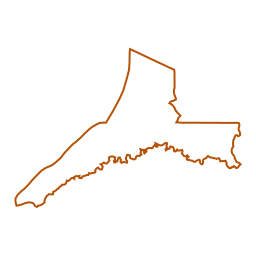 outline of São João do Carú, Maranhão, Brazil
{"feature_id": "56859067B19402328850660", "entity_name": "São João do Carú", "entity_type": "district", "adm_level": 2, "iso_a3": "BRA", "parent_name": "Brazil", "parent_adm1": "Maranhão", "projection": "mercator", "projection_center": [-46.356, -3.5], "detail": "fine", "context": "isolated", "style": "outline", "palette": "amber", "viewbox_px": 256, "rotation_deg": 0, "n_neighbors": 0, "source": "geoboundaries", "source_scale": "gbopen_adm2", "svg_char_len": 4184}
<svg xmlns="http://www.w3.org/2000/svg" viewBox="0 0 256 256"><path d="M238.7,122.9L181.6,122.7L176.4,122.4L177.3,120.9L177.9,119.5L178.2,118.2L179.1,117.1L180.4,115.7L179.0,114.2L178.1,113.3L176.6,111.8L175.5,110.2L174.7,108.2L173.9,106.9L172.9,105.6L171.0,104.0L169.4,103.2L170.4,101.7L171.9,101.1L173.3,100.8L174.9,100.0L175.9,99.5L175.8,98.1L175.2,96.8L174.6,95.3L174.3,94.1L174.0,92.8L173.9,91.0L173.9,89.6L174.5,88.3L174.6,85.9L174.5,77.5L174.5,72.4L174.4,71.1L174.1,69.6L172.4,69.0L171.1,68.4L169.3,67.6L164.2,65.1L161.3,63.8L152.3,59.6L149.2,58.1L130.1,49.1L129.7,51.6L129.5,63.2L129.0,70.0L127.2,77.0L126.6,79.3L125.0,84.7L123.2,90.7L119.5,98.9L116.6,104.4L113.0,111.0L106.0,122.7L102.4,122.7L99.9,122.9L97.5,123.9L93.8,126.0L92.5,126.7L89.4,129.1L84.9,133.3L80.6,137.7L76.1,141.7L72.6,144.4L68.3,148.9L64.8,152.6L63.2,154.6L60.5,158.1L55.4,162.6L51.8,165.3L49.3,166.4L45.7,167.9L41.2,170.9L36.7,175.4L32.2,180.2L28.5,184.6L24.7,188.5L21.0,191.5L17.6,194.9L15.5,198.5L15.4,201.4L16.5,205.7L20.9,204.8L25.6,203.0L28.7,202.4L30.3,202.4L32.2,202.8L33.5,203.5L35.2,206.2L36.9,206.9L37.8,205.8L39.8,205.4L41.2,204.9L42.7,204.0L43.8,203.1L44.6,202.3L44.5,200.3L45.1,199.0L45.8,197.4L47.0,195.8L48.0,195.1L49.0,194.1L51.0,194.4L53.0,194.3L53.2,191.7L54.5,191.4L56.1,190.3L57.5,188.8L58.7,188.4L59.3,187.1L61.1,186.1L62.1,184.6L63.5,184.8L65.1,184.3L66.4,182.5L66.7,180.6L68.2,181.0L69.6,180.1L70.6,179.0L71.7,178.0L73.1,177.9L74.3,178.8L74.3,176.8L76.2,176.1L77.7,176.3L79.5,175.9L79.3,177.9L81.7,178.1L82.5,176.5L84.2,176.0L85.7,175.5L86.8,175.0L88.3,175.0L89.1,173.1L90.5,173.6L92.0,173.1L93.3,172.8L94.6,172.8L95.5,171.8L95.1,170.3L95.9,169.1L97.1,168.1L98.1,167.5L99.2,168.9L100.6,169.6L101.9,169.3L102.5,167.7L102.6,166.2L101.6,165.1L100.7,164.3L101.8,164.0L103.0,163.2L103.9,162.5L105.3,163.4L106.8,163.5L107.6,162.7L108.4,161.7L109.4,160.6L108.9,158.8L109.2,157.1L110.8,156.6L112.4,156.4L114.2,156.9L115.2,157.5L114.6,158.6L115.2,160.1L113.9,160.9L114.2,162.4L115.6,162.3L117.4,161.1L117.9,159.3L118.6,157.5L119.8,157.5L120.2,158.7L120.9,159.8L120.5,161.8L121.6,162.9L123.3,161.9L125.5,162.4L126.9,162.7L127.3,161.4L126.1,159.7L125.9,158.1L126.6,156.0L127.1,154.8L128.4,155.1L129.9,155.4L130.0,157.7L131.3,158.7L132.4,158.8L133.7,159.5L134.9,159.1L135.7,158.5L135.9,157.1L136.8,156.1L137.9,155.7L139.2,156.0L140.7,155.3L141.4,154.5L140.4,153.6L140.9,152.3L140.9,150.8L140.4,149.2L141.5,149.5L142.5,150.1L143.9,149.8L144.6,150.6L143.8,151.9L144.4,153.4L145.4,152.6L146.5,151.4L145.9,149.4L147.8,148.3L149.2,148.0L150.7,148.0L151.7,148.4L152.8,147.7L153.6,146.2L154.7,145.1L155.5,145.9L156.2,146.8L157.3,146.6L156.2,144.7L155.6,143.3L157.2,144.0L158.6,144.9L160.0,145.3L161.8,145.4L163.5,144.4L164.6,143.5L165.9,142.9L167.1,143.2L167.0,144.5L166.4,145.6L166.9,147.4L165.6,149.0L166.0,150.3L167.8,148.9L169.6,148.6L169.7,147.4L170.7,146.4L171.7,146.9L173.2,147.2L173.5,148.5L174.2,149.6L174.0,151.0L175.1,151.5L176.2,151.0L177.1,149.5L178.2,150.6L179.4,150.6L180.9,150.2L182.2,150.0L182.5,151.4L181.9,153.4L183.2,155.1L184.5,156.3L186.3,156.3L187.2,155.3L188.5,156.7L187.1,157.8L186.7,159.1L187.7,160.0L188.9,159.7L190.6,160.5L192.5,160.7L193.6,161.6L195.1,161.8L196.3,161.0L197.4,160.3L198.8,159.7L199.9,160.3L199.9,162.3L200.7,163.6L201.9,164.3L202.8,163.5L203.1,162.3L202.8,160.9L203.5,159.4L204.7,158.7L206.2,158.1L207.0,156.9L208.0,156.0L208.9,156.6L210.2,157.5L212.1,157.6L213.5,158.2L215.1,158.3L216.6,158.9L217.7,158.5L218.9,158.2L219.9,159.7L220.3,161.3L221.5,161.1L223.1,161.0L224.3,161.1L225.4,160.7L226.5,162.3L226.5,163.7L226.6,165.0L227.3,166.0L228.2,167.1L229.5,168.1L230.7,168.1L231.6,167.2L232.9,167.2L233.7,166.0L235.3,167.0L235.9,167.9L237.0,168.0L238.2,167.0L239.0,166.0L239.8,164.9L240.6,164.2L239.7,163.4L238.3,162.6L236.6,162.0L235.7,160.0L234.7,158.5L234.6,157.3L234.2,155.9L232.8,154.4L232.1,153.1L231.6,151.7L231.7,150.3L231.8,149.2L232.4,147.9L233.4,146.5L233.1,145.3L233.0,143.8L233.1,142.2L233.3,140.9L233.6,139.5L234.3,138.5L234.7,136.7L235.6,135.3L237.0,135.2L238.0,136.2L239.3,135.8L240.2,134.9L240.0,133.6L239.7,131.8L238.9,130.5L238.5,128.9L238.9,127.3L239.4,125.8L239.2,124.0L238.7,122.9Z" fill="none" stroke="#b45309" stroke-width="2"/></svg>